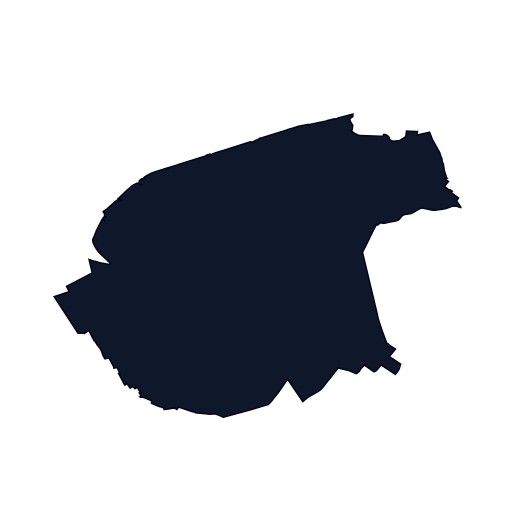 Oisterwijk, Noord-Brabant, Netherlands, rotated 20°
{"feature_id": "6326949B32251552675078", "entity_name": "Oisterwijk", "entity_type": "district", "adm_level": 2, "iso_a3": "NLD", "parent_name": "Netherlands", "parent_adm1": "Noord-Brabant", "projection": "equal_earth", "projection_center": [5.215, 51.566], "detail": "fine", "context": "isolated", "style": "filled", "palette": "ink", "viewbox_px": 512, "rotation_deg": 20, "n_neighbors": 0, "source": "geoboundaries", "source_scale": "gbopen_adm2", "svg_char_len": 5801}
<svg xmlns="http://www.w3.org/2000/svg" viewBox="0 0 512 512"><g transform="rotate(20 256 256)"><path d="M408.3,117.3L408.2,117.2L407.8,116.6L406.9,115.3L405.1,113.1L403.9,111.5L401.0,106.2L400.7,105.6L398.5,103.3L397.4,100.9L395.3,98.7L393.3,96.0L382.3,86.5L381.3,85.5L379.0,82.8L376.8,80.3L365.8,87.3L365.2,83.8L356.2,86.7L354.7,87.1L355.9,92.6L351.6,98.2L350.8,98.9L350.5,99.4L349.8,99.3L345.7,101.1L344.8,101.3L343.1,101.2L342.2,101.0L341.9,100.9L341.6,100.6L341.2,100.3L340.4,98.9L340.2,98.7L339.7,98.4L339.0,98.2L337.4,97.7L336.9,97.6L336.0,97.6L335.2,97.8L334.4,98.1L334.2,99.6L334.1,99.9L333.9,100.2L333.5,100.7L333.3,100.8L332.9,100.6L312.2,107.3L309.7,107.4L307.6,107.1L306.8,107.1L302.5,105.7L303.1,105.0L303.1,104.4L303.0,103.2L302.2,100.1L301.8,99.9L301.4,99.5L298.8,97.4L298.0,96.4L297.6,95.8L297.5,95.2L297.5,94.6L298.0,93.7L299.4,91.9L299.0,91.1L298.5,89.5L286.1,98.1L286.4,98.3L286.2,98.5L283.4,100.4L283.2,100.1L282.7,100.3L281.0,101.4L281.1,101.5L277.2,103.9L277.3,104.0L276.9,104.3L276.2,104.9L275.7,105.2L262.0,113.7L261.8,113.8L261.5,114.2L261.4,114.5L261.5,114.7L261.1,115.0L260.5,114.5L260.1,114.4L253.0,118.7L251.5,119.7L251.4,119.6L251.0,119.9L251.1,120.0L249.8,120.9L244.8,124.8L244.7,124.7L242.7,126.2L242.5,126.4L242.5,126.5L234.2,132.9L232.6,134.1L220.5,143.3L220.4,143.3L219.8,143.6L219.3,143.9L219.3,144.1L219.2,144.1L219.0,144.4L219.7,144.4L216.3,147.3L215.7,147.8L214.4,149.5L214.5,149.6L214.1,149.8L211.2,150.9L197.1,161.8L186.1,170.3L186.1,170.2L183.0,172.6L182.8,172.9L182.7,172.8L179.9,175.2L179.4,176.1L179.6,177.9L179.5,178.0L177.9,175.9L175.2,178.0L175.7,178.3L170.9,181.9L151.4,196.8L151.5,196.9L150.6,197.6L142.4,203.7L143.2,203.8L143.0,204.0L142.1,203.9L131.9,211.8L129.7,213.6L129.0,214.3L127.4,216.0L127.0,216.4L125.6,218.1L124.3,219.8L124.1,220.2L123.9,220.5L124.4,221.3L122.0,222.7L120.6,225.2L121.2,227.8L121.8,228.0L124.3,228.2L124.3,228.5L122.6,228.5L120.6,228.1L119.8,228.1L119.1,228.3L117.1,230.8L116.6,231.0L115.2,232.9L114.0,235.4L112.4,238.0L110.1,242.7L106.7,249.5L110.7,249.7L110.8,250.0L109.3,250.2L107.0,250.6L106.7,251.0L105.9,251.7L105.2,252.7L100.0,262.4L100.0,262.7L99.9,262.8L99.8,263.1L99.7,263.3L99.5,263.5L99.1,263.7L97.6,265.9L97.2,266.7L98.6,267.6L99.2,268.3L99.6,269.1L99.8,269.7L99.9,270.5L100.6,270.4L101.4,270.4L101.6,270.7L101.0,270.8L99.6,271.7L99.1,273.1L100.0,273.7L100.7,273.9L101.0,274.4L100.2,274.1L98.9,274.4L98.7,275.2L98.1,280.7L97.3,286.9L97.2,293.3L96.9,295.7L97.0,295.7L97.1,296.4L97.2,297.0L97.7,298.1L98.2,298.9L99.2,300.0L101.4,302.2L102.7,303.2L103.9,304.2L106.2,305.7L107.4,306.4L108.8,307.1L111.5,308.3L114.0,309.3L122.0,312.9L120.4,314.6L119.9,314.3L118.4,314.6L115.8,315.0L112.5,315.6L110.0,315.8L107.2,315.9L107.2,316.2L100.3,316.4L107.9,327.9L106.4,329.6L88.3,349.3L92.6,353.4L80.2,363.2L115.2,389.5L121.0,387.2L121.3,387.5L124.4,383.1L129.9,388.3L132.8,390.9L133.0,390.6L137.6,394.1L141.5,396.5L142.3,397.2L142.7,397.6L144.1,399.2L145.9,401.4L148.7,404.0L148.9,404.1L149.0,404.1L149.4,404.3L151.4,402.9L151.9,402.5L152.3,402.4L152.8,402.0L153.0,402.3L159.4,408.1L159.9,408.6L160.4,409.3L160.8,410.0L163.8,408.3L168.1,413.0L167.2,413.5L176.8,422.2L177.2,421.9L177.3,421.8L177.3,421.4L177.5,421.1L177.9,420.8L178.0,420.7L178.1,420.3L178.2,420.0L178.3,420.0L182.9,423.2L185.0,420.8L187.6,422.1L189.1,420.6L189.8,420.0L191.6,422.1L194.5,423.7L194.1,423.8L193.1,424.6L195.5,426.5L195.3,426.9L195.4,427.1L195.8,427.5L195.6,427.7L195.4,427.8L195.1,428.1L196.1,428.2L197.1,427.9L197.3,427.3L207.2,427.7L208.2,430.2L216.5,430.6L221.0,430.2L222.1,431.7L227.6,428.9L227.8,428.6L228.0,428.5L229.7,427.7L231.2,427.0L231.8,426.9L232.5,426.9L234.2,427.3L234.5,426.7L234.6,425.7L234.6,424.7L236.0,424.4L250.0,424.1L252.0,423.4L252.6,424.1L254.9,423.5L263.8,421.2L267.2,420.3L270.2,419.0L271.6,418.4L275.4,418.3L280.4,418.7L302.8,402.9L318.5,391.2L319.8,388.1L320.3,386.8L323.6,377.0L324.9,372.3L325.8,368.7L327.8,361.1L328.2,361.3L349.7,376.8L349.9,376.4L350.0,376.5L352.5,372.1L353.1,371.2L353.8,370.2L361.1,361.6L361.9,360.4L362.6,359.2L363.2,357.9L364.5,354.4L365.5,350.9L366.3,348.5L367.6,345.1L368.4,342.7L369.3,339.6L370.2,337.0L371.6,333.2L371.9,333.1L375.9,332.7L377.3,332.5L382.7,331.9L384.0,331.9L384.2,332.0L390.0,332.3L390.4,332.3L390.6,332.1L390.8,331.8L391.2,331.3L392.6,329.0L392.7,328.3L392.8,327.6L392.9,326.8L393.3,325.4L393.8,324.4L394.7,322.6L395.5,321.5L406.4,324.5L407.7,323.5L407.8,323.4L408.7,321.5L409.5,319.4L410.8,315.6L427.5,319.6L428.7,315.7L428.8,315.1L429.1,313.9L429.1,312.7L429.1,312.1L428.9,308.1L415.7,304.9L415.8,304.6L415.7,304.6L417.3,300.4L418.5,296.9L418.9,295.8L411.4,294.0L411.1,293.9L410.3,293.4L408.6,293.1L400.6,283.7L394.7,276.3L391.9,272.6L389.3,268.3L354.8,216.1L355.9,207.2L357.3,193.3L357.4,192.9L358.2,186.4L358.2,185.5L358.7,185.2L358.8,185.2L359.0,185.5L359.3,185.6L359.6,185.3L359.7,185.2L359.6,184.9L359.8,184.7L360.2,184.6L360.4,184.4L360.5,184.1L360.7,183.8L360.6,183.4L360.7,182.9L360.9,182.7L361.2,182.8L361.5,182.6L361.6,182.1L362.5,182.1L363.7,181.9L364.3,181.8L365.5,181.3L371.9,177.3L374.0,176.1L376.5,174.5L376.9,174.1L377.4,173.5L378.0,172.8L378.3,172.0L379.2,169.3L379.5,168.6L379.9,167.9L380.5,167.1L381.5,166.2L386.7,163.4L388.0,162.4L389.1,161.1L391.2,158.6L392.9,156.4L393.9,155.4L394.7,154.8L395.5,154.4L396.1,154.1L397.5,153.8L401.5,153.3L405.6,152.7L406.9,152.4L407.9,152.1L408.7,151.7L415.0,148.4L417.7,146.8L418.5,146.3L421.9,143.4L422.7,142.7L423.3,142.3L424.5,141.6L425.4,141.3L426.8,140.9L427.5,140.7L428.5,140.6L431.8,140.5L431.8,140.0L425.9,135.8L425.5,135.6L425.7,135.3L425.9,134.7L426.5,132.2L417.9,129.8L418.4,128.1L415.8,127.3L415.7,127.5L415.3,127.8L414.6,127.8L411.9,127.1L412.0,127.0L409.3,126.1L411.4,120.2L407.0,118.7L408.3,117.9L408.2,117.8L408.8,117.5L408.3,117.3Z" fill="#0f172a" stroke="#020617" stroke-width="1.5"/></g></svg>